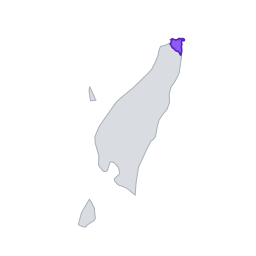 Tutuala, Lautém, East Timor (highlighted), rotated 320°
{"feature_id": "22284137B2107732035789", "entity_name": "Tutuala", "entity_type": "district", "adm_level": 2, "iso_a3": "TLS", "parent_name": "East Timor", "parent_adm1": "Lautém", "projection": "equal_earth", "projection_center": [127.23, -8.446], "detail": "fine", "context": "in_parent", "style": "filled", "palette": "violet", "viewbox_px": 256, "rotation_deg": 320, "n_neighbors": 0, "source": "geoboundaries", "source_scale": "gbopen_adm2", "svg_char_len": 3490}
<svg xmlns="http://www.w3.org/2000/svg" viewBox="0 0 256 256"><g transform="rotate(320 128 128)"><path d="M90.4,184.0L88.3,173.4L86.1,168.8L84.3,166.2L83.7,163.0L83.8,159.7L84.9,158.1L92.3,157.7L95.3,152.3L95.2,145.7L93.7,143.5L92.3,142.6L84.6,147.5L82.4,146.6L81.1,144.8L81.5,137.5L87.8,130.7L93.2,118.4L96.9,113.5L105.7,108.9L109.3,107.6L134.9,100.8L141.0,100.3L157.2,100.5L178.9,99.0L184.3,98.1L191.3,95.1L198.0,91.4L201.6,88.5L205.3,86.4L210.9,89.0L220.4,91.1L222.9,92.8L225.3,95.3L214.3,108.3L202.2,119.0L194.8,122.2L187.1,124.4L181.2,128.6L176.3,135.1L169.9,138.8L162.8,140.0L156.7,142.0L151.2,145.8L143.5,152.3L140.4,153.0L137.1,152.8L130.8,155.4L111.0,164.7L99.0,175.1L90.4,184.0ZM27.9,170.1L37.7,163.1L52.6,157.7L52.2,161.7L50.7,167.9L48.5,170.8L45.1,176.0L42.8,177.1L33.9,176.0L32.7,176.7L31.2,176.2L28.9,172.8L27.9,170.1ZM125.2,72.0L121.2,86.1L116.8,83.1L121.5,75.2L123.7,72.9L125.2,72.0Z" fill="#d9dde1" stroke="#a8b0b8" stroke-width="1"/><path d="M214.1,92.9L213.9,93.2L213.7,93.7L213.6,94.4L213.6,94.8L213.6,95.2L213.8,95.6L213.7,95.8L213.8,96.1L214.2,96.4L214.4,96.5L214.3,96.8L214.1,97.0L214.1,97.6L214.1,98.1L214.1,98.5L214.1,98.8L214.2,99.1L214.3,99.2L214.4,99.3L214.5,99.4L214.5,99.5L214.4,99.6L214.4,99.8L214.5,100.0L214.7,100.4L214.9,100.8L215.0,100.9L215.1,101.0L215.3,101.2L215.4,101.3L215.6,101.4L215.6,101.5L215.7,102.1L215.6,102.7L215.6,103.1L215.7,103.5L215.7,103.8L215.6,104.0L215.8,104.1L215.9,104.3L215.8,104.5L215.6,104.6L215.5,104.9L215.3,105.2L215.2,105.2L215.2,105.3L215.2,105.5L215.3,105.5L215.5,105.8L215.5,106.1L215.8,105.9L216.1,105.7L216.3,105.5L216.6,105.3L216.7,105.2L216.8,105.1L216.9,104.9L217.0,104.9L217.3,104.8L217.3,104.7L217.5,104.6L217.6,104.4L217.8,104.1L218.0,104.0L218.3,103.9L218.5,103.6L218.8,103.4L219.1,103.1L219.5,102.6L219.8,102.3L219.9,102.2L220.0,101.7L220.2,101.2L220.3,101.1L220.5,100.9L220.7,100.7L220.8,100.7L221.0,100.4L221.2,99.8L221.3,99.8L221.5,99.6L222.2,99.3L222.3,99.2L222.5,99.1L222.7,98.9L222.8,98.7L223.0,98.6L223.0,98.4L223.2,98.2L223.3,98.2L223.6,97.8L223.6,97.7L223.6,97.4L223.7,97.2L223.8,97.0L224.0,96.6L224.3,96.4L225.0,96.2L225.3,96.1L225.5,95.9L225.6,95.7L225.6,95.4L225.6,95.2L225.7,94.9L225.6,94.6L225.5,94.0L225.5,93.7L225.5,93.3L225.4,93.1L225.4,92.9L225.4,92.7L225.2,92.5L225.1,92.4L224.9,92.3L224.7,92.3L224.5,92.2L224.4,92.2L224.3,92.3L224.2,92.3L223.9,92.2L223.8,92.3L223.8,92.2L223.7,92.2L223.4,92.0L223.2,92.1L222.9,92.0L222.7,91.9L222.3,91.8L222.2,91.7L221.9,91.6L221.7,91.5L221.4,91.5L221.4,91.4L221.1,91.1L221.0,90.9L220.9,90.8L220.8,90.7L220.7,90.6L220.5,90.3L220.4,90.0L220.3,89.9L220.2,89.7L219.9,89.3L219.9,89.2L219.7,89.0L219.7,88.9L219.7,88.6L219.5,88.4L219.4,88.2L219.2,88.0L218.9,88.0L218.7,88.0L218.4,87.9L218.2,87.9L218.2,88.0L217.9,88.2L217.9,88.3L217.7,88.4L217.7,88.5L217.6,88.4L217.6,88.5L217.4,88.6L217.3,88.8L217.2,88.9L217.1,89.0L216.9,89.3L216.8,89.5L216.7,89.7L216.6,89.8L216.4,89.9L216.3,90.0L216.2,90.2L215.9,90.3L215.7,90.3L215.6,90.5L215.2,90.5L214.8,90.6L214.7,90.6L214.4,90.6L214.2,90.9L214.2,91.0L214.1,91.3L214.2,91.5L214.2,92.0L214.2,92.5L214.1,92.8L214.1,92.9ZM226.8,94.2L226.7,94.2L226.4,94.3L226.2,94.6L226.1,94.8L226.0,95.0L226.0,95.3L226.0,95.7L226.1,96.0L226.1,96.3L226.3,96.4L226.5,96.5L226.6,96.8L226.7,97.0L226.8,97.0L227.0,97.1L227.3,97.2L227.5,96.9L227.9,96.7L228.0,96.6L228.1,96.4L228.1,95.9L228.0,95.7L227.9,95.3L227.7,94.9L227.6,94.7L227.4,94.5L227.2,94.4L227.0,94.2L226.9,94.2L226.8,94.2Z" fill="#8b5cf6" stroke="#5b21b6" stroke-width="1.5"/></g></svg>